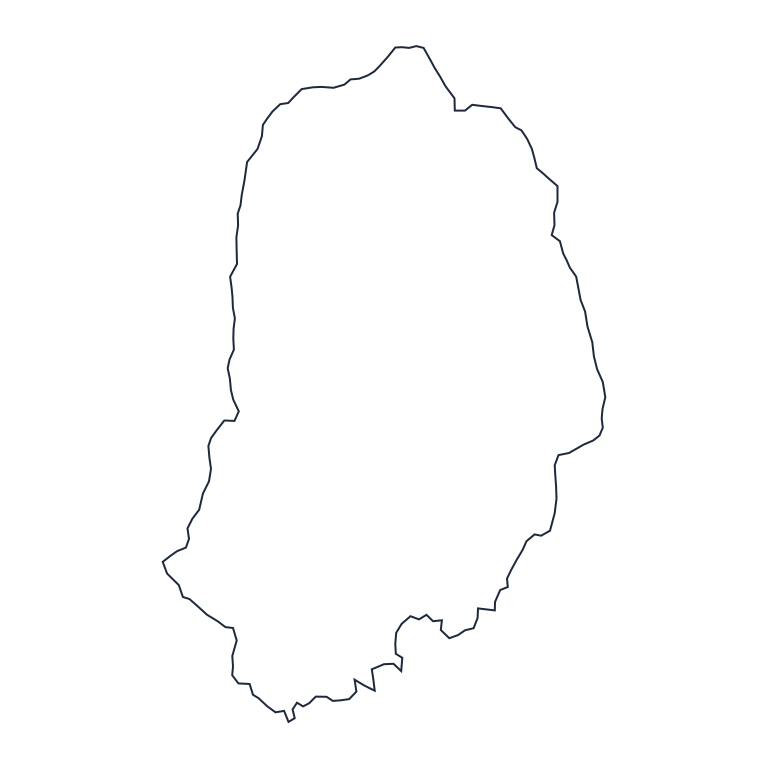 the district of Potirendaba, São Paulo, Brazil
{"feature_id": "56859067B31235444484955", "entity_name": "Potirendaba", "entity_type": "district", "adm_level": 2, "iso_a3": "BRA", "parent_name": "Brazil", "parent_adm1": "São Paulo", "projection": "equal_earth", "projection_center": [-49.395, -21.076], "detail": "fine", "context": "isolated", "style": "outline", "palette": "slate", "viewbox_px": 768, "rotation_deg": 0, "n_neighbors": 0, "source": "geoboundaries", "source_scale": "gbopen_adm2", "svg_char_len": 2337}
<svg xmlns="http://www.w3.org/2000/svg" viewBox="0 0 768 768"><path d="M267.6,118.0L262.9,124.9L261.9,136.3L257.5,149.0L247.1,162.0L244.5,180.2L241.7,195.3L240.5,205.3L237.7,213.7L238.1,225.5L236.4,237.1L236.6,248.3L237.0,264.0L230.1,276.7L231.6,287.7L232.5,297.3L232.9,307.9L234.9,318.4L233.6,328.5L233.3,338.5L233.9,349.6L229.5,359.6L227.7,368.3L229.9,378.8L230.9,389.9L233.2,399.5L238.8,411.3L234.5,420.9L224.3,420.5L216.5,430.5L211.0,438.2L208.4,446.0L209.4,457.6L211.0,468.8L209.0,481.3L202.9,493.6L199.2,509.7L192.4,518.7L187.5,528.4L189.0,538.9L185.9,547.6L177.0,551.2L170.5,555.8L162.7,561.9L167.1,573.6L178.8,585.1L182.9,597.0L189.4,599.0L197.5,606.1L207.1,614.8L217.6,621.2L225.4,627.1L233.0,628.0L236.7,640.5L232.3,656.0L233.0,666.5L232.2,675.2L238.4,683.4L249.6,684.0L253.0,694.8L258.6,698.2L267.4,706.4L275.5,712.3L284.1,710.9L288.5,721.9L294.7,718.2L292.6,709.4L297.0,702.7L303.1,706.4L309.2,703.2L315.8,696.6L326.6,696.8L332.8,700.9L340.0,700.4L349.2,699.1L356.4,691.6L354.6,679.7L364.6,685.7L374.7,690.7L373.4,679.9L371.8,669.3L384.0,664.2L393.5,663.8L401.2,671.1L402.3,657.8L395.8,653.8L395.3,643.7L396.2,632.8L401.6,623.9L410.5,616.2L419.0,619.4L426.5,614.8L433.0,621.2L441.9,620.3L440.8,630.0L449.3,638.2L458.2,635.0L465.0,630.3L473.6,628.2L477.6,618.0L478.0,608.4L487.2,609.5L494.8,610.4L495.0,602.0L500.2,590.0L507.8,587.0L507.0,578.6L511.4,569.5L516.8,559.6L522.4,550.3L526.5,541.2L534.6,534.4L541.1,535.7L550.0,530.7L554.7,513.2L556.5,498.6L556.1,486.7L555.3,475.4L554.7,465.3L558.5,455.1L569.0,453.0L583.6,444.6L593.2,440.5L599.5,435.5L602.8,427.7L601.7,418.6L602.5,409.1L605.3,397.2L602.8,382.0L597.1,369.2L593.9,356.3L592.3,342.3L587.5,326.6L585.1,311.6L580.6,300.0L576.2,276.7L569.9,267.7L566.7,260.4L563.2,253.5L559.9,241.2L551.7,235.1L554.5,225.1L554.1,212.8L557.5,201.8L557.5,186.1L548.0,177.9L542.8,173.2L536.8,168.2L534.3,157.7L531.9,149.0L527.2,139.0L521.4,130.3L515.3,127.2L508.5,118.8L500.7,108.3L491.8,107.1L481.8,106.0L472.2,104.8L465.0,110.6L454.8,110.6L454.5,98.3L445.6,86.4L440.2,76.8L434.7,68.0L430.0,59.3L423.6,47.9L416.3,46.1L409.2,47.9L402.1,47.2L395.3,47.5L388.0,56.6L379.9,65.7L374.4,71.4L367.6,75.5L359.1,78.7L350.5,79.4L344.4,84.6L333.5,87.8L321.5,86.9L312.8,87.3L301.7,89.1L293.9,96.9L288.2,103.0L280.2,104.2L272.5,111.5L267.6,118.0Z" fill="none" stroke="#1e293b" stroke-width="2"/></svg>